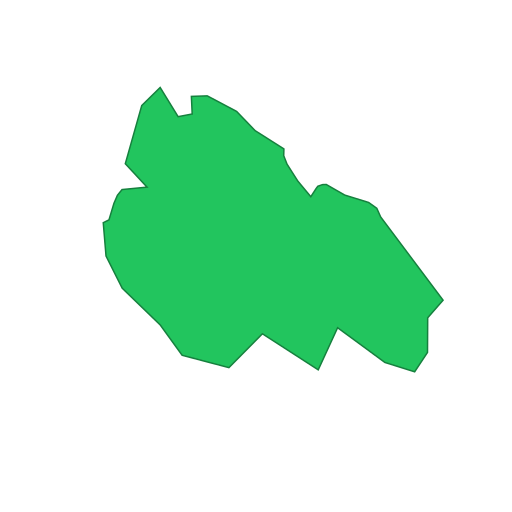 map outline of Aglonas (Robinson projection), rotated 50°
{"feature_id": "LVA-5748", "entity_name": "Aglonas", "entity_type": "Municipality", "adm_level": 1, "iso_a3": "LVA", "parent_name": "Latvia", "parent_adm1": "", "projection": "robinson", "projection_center": [27.078, 56.097], "detail": "fine", "context": "isolated", "style": "filled", "palette": "green", "viewbox_px": 512, "rotation_deg": 50, "n_neighbors": 0, "source": "natural_earth", "source_scale": "10m", "svg_char_len": 670}
<svg xmlns="http://www.w3.org/2000/svg" viewBox="0 0 512 512"><g transform="rotate(50 256 256)"><path d="M191.9,165.8L197.0,170.3L205.6,173.2L225.4,175.8L245.8,175.9L242.9,166.4L242.3,163.8L244.1,159.1L246.4,156.2L266.3,148.9L287.4,135.3L297.1,132.8L306.2,135.4L410.1,141.1L413.7,164.2L440.1,186.6L446.7,208.9L420.4,225.7L363.4,239.6L383.2,281.5L319.7,301.1L324.1,348.5L284.6,376.4L247.3,373.7L194.7,379.2L159.6,370.9L132.3,351.6L133.8,345.4L124.3,330.9L120.4,323.1L119.0,315.9L133.2,295.2L101.3,296.8L67.3,246.8L65.3,221.1L99.2,226.1L106.2,213.6L92.2,202.9L102.0,190.4L132.8,177.9L159.4,176.1L191.9,165.8Z" fill="#22c55e" stroke="#15803d" stroke-width="1.5"/></g></svg>